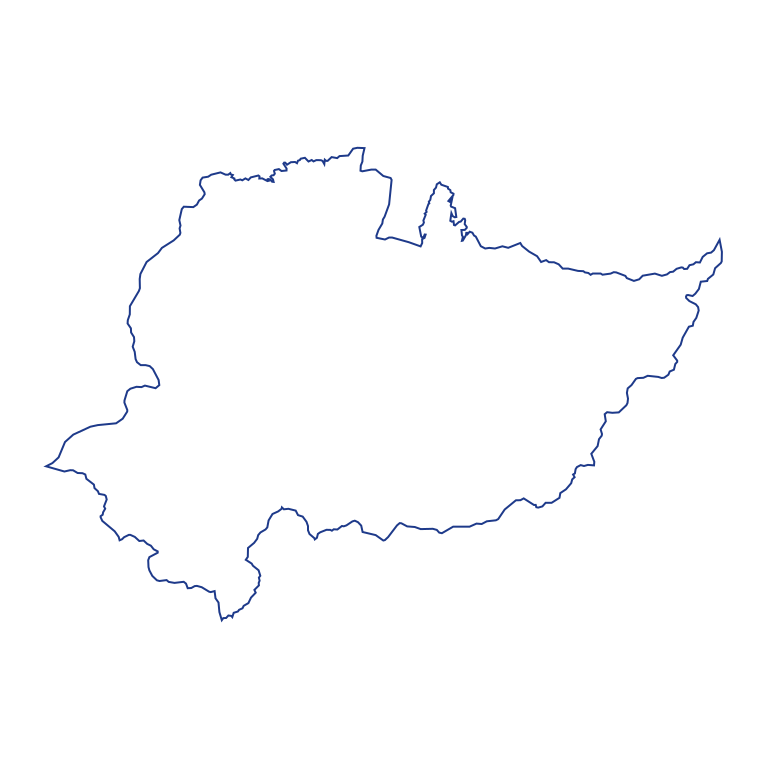 outline of Prado, Tolima, Colombia
{"feature_id": "7082276B50154878845236", "entity_name": "Prado", "entity_type": "district", "adm_level": 2, "iso_a3": "COL", "parent_name": "Colombia", "parent_adm1": "Tolima", "projection": "orthographic", "projection_center": [-74.869, 3.724], "detail": "fine", "context": "isolated", "style": "outline", "palette": "blue", "viewbox_px": 768, "rotation_deg": 0, "n_neighbors": 0, "source": "geoboundaries", "source_scale": "gbopen_adm2", "svg_char_len": 6109}
<svg xmlns="http://www.w3.org/2000/svg" viewBox="0 0 768 768"><path d="M719.6,239.8L713.9,250.2L711.1,252.6L707.1,253.3L702.7,256.9L699.9,262.5L695.9,262.2L693.4,264.3L689.5,265.2L687.2,268.8L684.1,269.0L682.8,267.6L681.3,267.4L676.6,268.8L673.1,271.7L670.0,272.1L667.0,274.4L661.9,275.8L654.9,273.6L642.7,275.7L639.2,279.3L633.9,280.9L626.8,278.1L625.4,275.9L616.2,272.4L613.7,272.2L610.6,273.6L602.5,274.7L600.6,273.5L592.8,273.5L590.6,274.8L588.4,273.0L584.9,272.4L583.4,271.2L578.0,270.9L568.2,268.6L562.7,268.6L558.7,264.3L554.1,262.3L549.0,262.2L546.1,260.1L541.1,262.0L537.1,256.2L529.1,251.6L522.1,246.0L520.3,243.0L508.2,247.8L502.4,246.3L495.0,248.5L489.3,247.9L485.2,248.5L480.8,246.2L475.8,236.6L474.0,235.5L472.4,232.7L469.7,231.7L467.7,234.0L467.3,232.9L466.3,232.9L465.9,235.3L462.8,240.6L461.9,240.8L462.9,236.8L462.0,235.4L461.4,230.0L464.8,229.9L466.7,227.9L466.8,227.0L464.7,224.1L465.2,220.2L464.7,218.8L463.3,218.6L460.7,221.6L459.1,221.9L455.1,225.4L454.0,225.0L453.5,221.2L451.9,221.7L450.3,220.8L451.4,213.1L452.7,216.1L454.8,217.3L456.3,217.0L455.1,208.2L451.1,206.6L450.7,205.6L452.3,197.9L451.2,198.3L449.6,201.7L448.4,201.0L453.4,195.0L453.5,193.7L450.7,192.3L450.3,190.1L448.0,188.6L447.9,187.0L441.3,184.7L439.8,182.3L436.8,184.3L436.0,187.6L433.9,190.0L433.9,193.3L431.0,196.0L430.3,199.8L428.8,201.8L429.3,203.4L428.4,204.1L426.1,210.6L426.6,211.9L424.7,213.7L425.7,214.8L423.4,220.5L423.9,222.5L422.9,224.7L419.3,227.0L421.2,236.6L422.1,237.3L423.6,237.1L424.7,234.5L425.6,234.6L424.5,237.9L422.1,239.2L422.2,243.0L420.6,246.4L408.8,242.2L392.0,237.5L389.1,237.5L385.0,239.5L376.6,237.8L376.4,235.8L378.5,229.9L382.3,223.5L382.9,219.5L384.6,216.7L389.1,204.4L391.6,179.9L390.6,178.0L383.3,176.0L375.7,169.6L371.3,169.6L362.3,171.3L360.5,170.7L360.8,165.5L362.4,161.6L362.7,155.8L364.5,148.1L357.4,147.8L353.1,148.7L348.3,155.5L339.5,156.1L337.2,158.1L331.6,157.1L327.6,160.9L326.2,160.9L324.8,159.7L324.3,164.1L322.5,160.9L320.9,160.2L316.3,160.1L313.5,161.4L311.7,160.0L308.5,161.5L304.9,157.8L300.7,158.7L299.8,160.1L298.0,160.7L297.0,163.2L295.1,162.0L290.9,162.2L287.0,164.7L285.3,162.7L284.2,162.6L283.4,163.7L286.6,168.6L286.5,170.5L281.5,171.0L278.9,169.1L274.7,170.0L274.0,170.9L274.8,173.7L273.6,175.2L271.6,175.5L270.4,176.8L273.0,179.4L273.6,181.9L272.1,181.7L270.0,179.4L268.1,179.0L267.6,179.3L268.6,180.8L267.5,181.1L262.3,178.4L259.3,178.5L259.5,176.4L258.4,175.5L250.8,177.4L248.4,180.0L245.4,178.4L242.3,180.3L240.4,179.5L235.5,180.6L234.3,179.4L234.4,178.5L231.4,177.2L232.8,175.0L230.8,174.4L230.3,173.1L228.2,174.7L225.7,174.7L220.5,172.4L211.2,174.7L208.2,176.7L202.6,177.6L200.6,180.3L199.9,184.9L204.4,192.3L204.7,194.2L201.9,198.6L199.1,200.5L196.9,204.6L193.3,207.1L183.8,206.7L181.8,209.1L179.3,220.1L180.5,225.5L179.6,228.4L180.4,232.9L179.8,234.7L173.7,240.4L161.9,247.9L158.0,253.1L146.6,262.0L140.4,274.0L139.7,279.0L139.9,288.2L138.9,291.0L129.9,306.2L129.8,314.4L127.8,320.2L127.6,323.5L130.9,328.3L131.1,332.5L134.0,337.1L134.3,341.2L132.7,346.7L134.7,351.8L135.6,359.1L137.0,362.2L140.7,365.1L145.5,365.1L149.7,366.1L152.9,369.1L158.6,380.0L159.3,385.1L155.6,388.2L144.9,385.6L141.5,387.1L136.5,386.8L130.4,388.7L127.3,391.2L124.5,400.4L124.4,402.6L127.3,410.0L127.2,411.6L122.7,418.7L116.1,423.3L97.8,425.1L90.4,426.7L73.3,434.6L65.0,442.0L58.6,457.4L52.4,463.1L46.1,466.3L64.4,471.5L70.2,470.2L73.1,470.3L77.6,473.0L82.5,473.2L85.3,474.5L86.4,478.8L93.9,484.6L94.5,488.1L97.9,491.2L99.0,493.9L104.5,494.9L105.8,496.0L106.7,499.5L104.0,506.4L105.2,508.7L103.1,512.3L102.7,514.7L100.6,516.2L100.6,517.2L102.3,520.9L114.7,531.3L118.7,536.9L119.6,540.3L122.1,539.2L124.1,537.2L128.8,534.9L130.4,534.9L134.8,536.9L139.3,541.0L143.6,540.5L147.2,543.9L150.9,545.7L153.7,549.3L157.7,551.4L157.7,552.7L149.4,557.1L148.2,560.2L148.5,567.1L149.4,570.4L152.3,575.9L156.9,580.3L159.5,581.0L166.6,580.1L168.7,581.9L174.5,582.9L183.7,581.8L186.0,583.6L187.7,588.2L191.3,588.0L194.7,586.1L196.9,585.9L201.7,587.2L209.1,591.7L210.7,592.1L214.6,591.1L215.5,598.3L218.5,602.5L219.4,612.1L221.8,620.2L223.3,618.1L226.1,618.0L228.4,615.5L231.3,615.9L232.3,617.1L233.7,612.8L237.9,611.5L239.1,609.8L242.5,608.3L243.7,605.8L248.4,603.1L251.0,597.6L255.7,592.7L254.4,589.9L258.9,585.4L258.7,582.9L259.6,580.7L258.9,577.6L260.3,575.8L258.6,570.3L252.9,565.7L251.7,563.6L245.8,559.8L247.8,556.9L248.0,548.0L254.1,542.9L257.2,538.8L258.2,535.1L260.5,532.4L265.5,529.5L267.3,527.4L268.6,520.4L272.5,514.0L278.2,511.4L281.6,508.8L281.9,507.4L283.9,509.3L288.4,508.8L295.7,510.6L298.0,515.1L302.7,516.6L306.5,521.8L308.0,526.1L308.0,530.3L309.5,534.0L314.4,538.2L314.8,539.4L316.9,537.8L317.9,533.9L320.2,532.3L326.5,529.8L330.3,529.9L331.9,530.7L333.7,529.3L337.4,529.5L341.9,526.0L343.8,526.3L346.4,525.4L352.4,521.4L354.8,520.7L358.0,522.2L361.2,525.6L362.6,532.0L375.7,535.1L383.3,540.5L384.9,540.1L388.1,537.1L397.0,525.4L399.7,523.1L401.4,523.3L407.2,526.4L414.8,527.0L420.7,529.1L432.8,528.8L436.8,529.9L439.2,532.6L441.9,533.2L453.1,526.7L469.5,526.7L476.5,523.6L481.7,524.0L486.8,521.3L495.9,520.3L498.2,519.1L504.7,509.5L515.9,500.3L520.4,500.2L523.7,498.4L534.0,505.0L535.7,504.9L536.3,507.2L538.2,507.6L542.4,506.4L545.6,502.8L551.6,502.8L559.5,497.8L560.3,493.1L566.0,489.3L571.2,483.2L572.2,479.4L574.6,477.2L573.1,474.5L574.9,473.4L575.6,469.2L576.9,467.1L580.7,465.1L584.0,466.0L587.9,464.9L594.0,465.4L594.3,461.8L591.3,453.8L597.6,446.1L599.0,439.2L601.7,435.7L602.0,434.0L600.6,429.4L605.8,421.3L604.7,414.2L607.1,412.2L612.3,412.8L618.8,412.4L626.4,405.2L627.5,403.0L628.0,398.7L626.9,392.9L627.7,388.4L631.5,385.1L635.9,378.9L637.6,378.1L643.4,377.8L647.7,375.8L658.2,376.9L661.7,378.0L664.2,377.7L668.4,374.7L669.7,371.5L673.9,369.7L675.3,364.0L677.2,361.9L677.2,360.6L673.2,355.3L680.7,344.7L682.7,337.7L688.9,326.7L692.8,325.7L693.5,321.9L696.3,317.9L698.7,310.5L698.1,307.1L695.8,304.3L689.4,301.1L686.2,298.0L686.0,296.7L686.6,295.3L688.0,295.0L692.6,296.0L695.3,293.7L698.9,289.0L700.8,281.7L707.2,281.0L707.9,278.9L713.3,274.5L715.1,268.2L720.9,263.0L721.7,261.4L721.9,251.8L719.6,239.8Z" fill="none" stroke="#1e3a8a" stroke-width="2"/></svg>